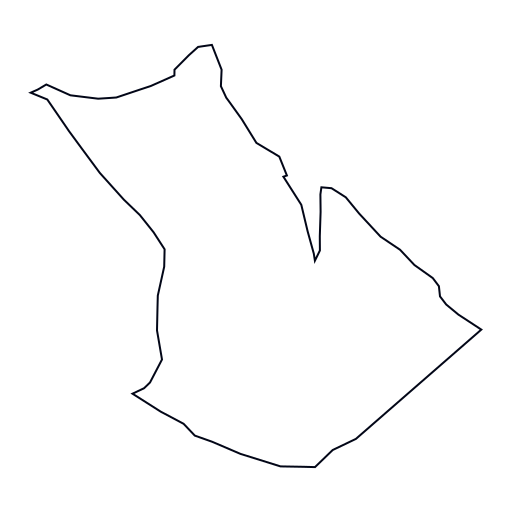 the district of Girga, Suhaj, Egypt
{"feature_id": "37247803B10377703685184", "entity_name": "Girga", "entity_type": "district", "adm_level": 2, "iso_a3": "EGY", "parent_name": "Egypt", "parent_adm1": "Suhaj", "projection": "mercator", "projection_center": [31.887, 26.348], "detail": "fine", "context": "isolated", "style": "outline", "palette": "ink", "viewbox_px": 512, "rotation_deg": 0, "n_neighbors": 0, "source": "geoboundaries", "source_scale": "gbopen_adm2", "svg_char_len": 1052}
<svg xmlns="http://www.w3.org/2000/svg" viewBox="0 0 512 512"><path d="M481.3,329.6L458.4,314.6L446.2,304.5L440.0,296.4L438.9,286.2L432.8,278.1L414.4,265.0L400.1,249.8L380.6,236.7L359.1,213.5L345.8,197.3L331.5,188.2L321.4,187.3L320.4,194.4L320.6,211.8L319.8,236.2L319.9,250.5L314.9,260.7L313.8,253.6L307.6,231.2L301.3,204.8L283.4,176.7L286.9,175.5L279.3,156.6L256.4,142.9L241.7,119.1L228.7,101.0L226.7,98.3L226.5,98.0L226.3,97.8L222.4,89.4L220.9,86.2L221.6,69.7L211.9,44.9L200.2,46.6L199.1,46.8L198.1,46.9L188.9,55.2L174.5,69.7L174.4,75.5L150.8,86.0L139.6,89.7L116.3,97.5L110.6,97.9L98.2,98.7L86.7,97.3L70.4,95.3L46.3,84.5L37.7,89.6L30.7,92.7L47.3,99.5L63.3,122.8L68.9,131.0L82.2,149.1L99.8,172.9L123.9,199.7L139.8,215.0L143.8,220.0L153.6,232.3L164.6,249.3L164.2,266.7L157.8,295.6L157.5,307.2L157.0,330.4L162.0,359.5L156.0,371.0L150.0,382.5L144.1,388.2L132.5,393.7L160.8,411.7L183.6,423.8L194.8,435.6L212.0,441.7L240.5,453.9L280.5,466.4L303.5,466.8L315.0,467.1L332.7,450.0L355.9,438.9L481.3,329.6Z" fill="none" stroke="#020617" stroke-width="2"/></svg>